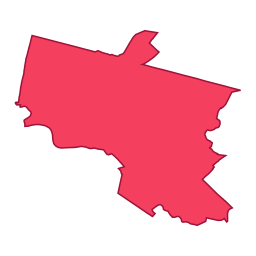 Mogosani, Dâmbovita, Romania
{"feature_id": "2599482B27311535557827", "entity_name": "Mogosani", "entity_type": "district", "adm_level": 2, "iso_a3": "ROU", "parent_name": "Romania", "parent_adm1": "Dâmbovita", "projection": "natural_earth1", "projection_center": [25.391, 44.675], "detail": "fine", "context": "isolated", "style": "filled", "palette": "rose", "viewbox_px": 256, "rotation_deg": 0, "n_neighbors": 0, "source": "geoboundaries", "source_scale": "gbopen_adm2", "svg_char_len": 4644}
<svg xmlns="http://www.w3.org/2000/svg" viewBox="0 0 256 256"><path d="M157.5,32.7L157.4,32.7L144.8,30.7L137.5,33.8L135.5,34.7L135.3,35.2L134.7,35.7L133.6,36.7L132.9,37.8L132.2,38.8L131.7,39.8L130.4,41.8L129.5,43.2L127.3,47.1L125.3,50.5L124.6,51.7L123.8,52.8L123.2,53.7L122.0,54.1L121.0,54.5L119.5,55.0L119.2,55.4L118.3,56.2L117.3,56.2L115.9,55.9L114.4,55.5L113.3,55.1L111.9,54.5L110.9,54.7L110.0,55.2L108.4,54.2L106.3,53.7L102.6,52.7L100.1,51.6L97.9,50.7L95.6,51.8L95.2,51.9L84.0,49.0L81.4,48.3L79.6,47.8L53.7,41.1L53.4,41.0L32.8,35.7L32.1,35.5L32.0,35.8L30.2,43.1L29.3,46.7L29.2,46.7L29.1,47.2L29.0,47.3L29.0,47.7L28.9,48.0L28.7,48.4L28.7,48.6L28.6,48.9L28.6,49.1L28.5,49.6L28.4,49.9L28.4,50.0L28.3,50.3L28.2,50.6L28.2,50.9L28.1,51.2L28.0,51.5L27.9,51.7L27.9,51.8L27.8,52.2L27.2,54.8L26.4,57.5L26.3,57.8L26.2,57.9L26.1,58.1L25.4,62.6L25.0,64.8L24.8,66.0L24.7,66.4L24.7,66.9L24.3,69.5L24.0,71.4L24.0,72.3L23.9,73.0L23.8,73.4L23.5,75.1L23.4,75.5L23.4,75.8L23.2,76.0L22.8,77.7L22.3,79.6L21.7,82.2L21.4,83.9L21.1,85.6L20.7,87.4L20.2,91.4L19.9,93.6L19.8,94.1L19.4,96.2L19.1,97.5L18.9,99.5L18.7,100.9L18.5,102.3L16.5,102.3L15.9,102.3L15.4,102.8L15.5,103.2L15.8,103.2L16.0,104.2L17.0,104.2L17.0,104.9L18.4,104.9L20.5,104.9L20.0,106.4L20.2,107.1L20.9,107.1L21.7,107.0L22.5,106.8L23.0,106.6L23.4,106.4L23.8,106.3L24.0,106.3L24.4,106.3L24.8,106.3L25.3,106.4L25.7,106.6L25.9,106.7L26.6,107.3L28.7,109.9L30.7,111.7L31.2,113.5L30.2,116.1L27.9,117.8L25.8,119.0L24.2,120.1L24.1,121.4L24.9,123.8L24.9,126.4L28.4,126.1L31.6,125.2L33.9,124.8L36.2,124.5L39.6,124.6L42.5,125.1L45.5,125.8L47.3,126.8L49.3,127.9L50.9,129.9L52.0,132.5L52.5,134.8L52.8,138.9L53.2,141.7L53.9,143.8L55.5,145.8L58.1,147.4L61.4,148.0L64.8,147.8L75.2,147.4L79.4,146.7L81.4,146.4L85.5,147.0L87.3,147.6L89.7,148.5L91.5,148.5L92.6,148.4L94.1,148.0L98.3,149.1L103.6,149.8L106.9,154.3L108.6,154.8L111.6,153.7L114.5,156.1L117.5,159.0L121.6,163.6L124.3,166.7L118.5,168.5L119.7,169.8L120.8,171.0L121.1,172.5L121.6,174.1L122.2,174.3L121.5,177.2L120.5,181.6L118.0,193.2L120.6,195.0L129.9,201.3L136.4,205.7L143.0,210.2L144.1,210.9L147.3,213.2L149.8,214.7L151.7,216.0L152.4,216.5L152.7,216.3L155.1,213.5L152.9,211.7L152.1,209.4L153.1,208.7L155.4,207.0L157.7,205.4L159.1,204.8L160.6,204.7L161.9,205.5L163.0,207.1L163.5,209.4L164.6,210.2L168.0,211.3L170.3,215.0L172.4,217.2L174.6,217.3L177.0,216.5L178.3,216.4L179.7,217.1L181.2,219.1L181.7,221.4L182.5,222.0L183.2,222.1L185.9,221.8L188.5,222.5L190.4,223.8L194.8,224.6L197.2,225.3L198.5,224.7L199.5,224.3L205.7,221.4L206.5,217.8L208.1,218.2L212.6,219.2L216.2,220.0L217.7,220.3L218.9,220.4L220.1,220.4L221.1,220.2L222.1,219.9L223.1,219.4L223.6,219.0L224.2,218.5L225.4,220.3L226.7,222.0L227.6,221.2L227.5,213.3L228.5,210.3L229.6,209.2L232.3,207.9L229.4,205.1L224.9,200.7L224.7,200.7L224.4,200.5L224.0,200.0L217.5,194.3L211.7,188.6L207.1,184.0L202.4,179.5L204.6,177.2L206.7,175.3L208.0,174.3L209.7,172.6L210.6,171.7L212.7,169.4L212.5,169.1L213.2,168.5L213.0,168.2L214.2,167.1L213.0,165.4L217.4,161.7L218.6,160.9L218.8,160.3L221.3,158.5L224.7,156.2L225.7,155.7L225.8,155.6L222.3,155.2L219.2,154.8L218.4,154.6L217.3,154.2L217.5,153.9L217.6,153.6L216.3,153.2L214.6,152.3L213.8,151.8L212.7,150.9L212.3,150.2L212.0,149.6L211.8,149.2L210.7,148.7L209.9,148.2L209.7,147.8L209.8,147.6L210.0,147.3L211.0,146.9L211.4,146.5L211.4,146.0L211.5,145.8L211.5,145.5L211.6,145.3L212.2,143.3L212.3,142.9L212.0,142.5L210.6,141.7L210.4,141.3L209.7,140.8L209.4,140.9L208.5,140.5L208.2,140.1L207.8,139.9L207.5,139.9L207.1,139.5L206.2,138.3L206.0,137.7L205.8,137.0L205.6,136.4L205.1,135.3L204.8,134.4L204.9,133.7L205.0,133.6L205.0,133.2L205.3,132.9L205.4,132.5L206.1,131.7L206.2,131.3L206.3,131.0L206.4,130.9L206.8,130.6L207.1,130.2L207.5,129.9L207.8,129.9L208.1,130.0L208.6,130.3L209.1,130.4L209.7,130.5L210.6,130.6L211.3,130.4L214.0,129.5L215.7,128.1L216.1,127.9L217.2,127.8L217.6,127.6L218.0,127.4L218.5,127.2L218.8,127.0L219.1,126.5L219.3,126.0L219.7,124.9L219.9,124.5L220.0,123.8L220.0,123.3L220.0,121.6L219.7,120.9L219.5,120.4L218.7,120.0L217.8,119.4L217.2,118.7L216.9,118.6L216.6,118.5L218.2,111.5L219.1,110.0L219.4,109.7L220.9,107.9L221.2,108.1L221.4,108.3L221.6,108.2L222.1,107.7L222.8,107.3L225.5,104.6L226.6,102.5L228.6,98.6L231.8,92.2L235.6,91.3L240.6,90.3L231.0,87.8L224.0,85.9L214.7,83.5L205.0,81.0L196.1,78.4L190.1,76.9L185.5,75.7L183.4,75.2L173.0,72.4L162.0,69.5L157.7,68.5L151.5,66.9L147.7,65.8L142.5,64.4L143.9,64.0L145.9,62.6L147.8,61.5L149.7,60.2L154.0,57.0L156.6,54.5L159.0,52.0L156.6,50.0L153.7,47.2L149.3,43.0L150.5,41.6L151.5,40.0L152.8,38.6L153.0,38.6L153.6,37.6L155.1,35.8L156.5,34.1L157.5,32.7Z" fill="#f43f5e" stroke="#9f1239" stroke-width="1.5"/></svg>